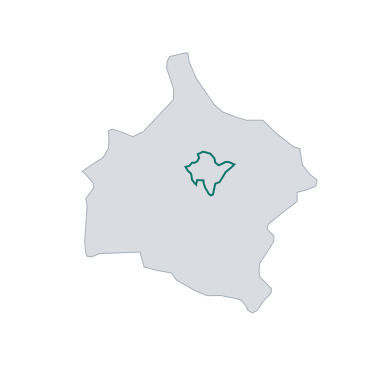 location of Mališevo within Kosovo, rotated 159°
{"feature_id": "KOS-5911", "entity_name": "Mališevo", "entity_type": "District", "adm_level": 1, "iso_a3": "XKX", "parent_name": "Kosovo", "parent_adm1": "", "projection": "orthographic", "projection_center": [20.745, 42.495], "detail": "fine", "context": "in_parent", "style": "outline", "palette": "teal", "viewbox_px": 384, "rotation_deg": 159, "n_neighbors": 0, "source": "natural_earth", "source_scale": "10m", "svg_char_len": 1510}
<svg xmlns="http://www.w3.org/2000/svg" viewBox="0 0 384 384"><g transform="rotate(159 192 192)"><path d="M115.2,140.2L132.7,134.5L135.2,130.5L131.3,121.8L133.6,116.3L154.5,100.9L157.9,93.8L159.2,88.3L156.4,82.5L152.5,73.3L154.4,69.4L165.2,64.1L174.0,58.0L179.1,57.5L182.4,61.9L182.4,66.5L185.3,74.2L191.7,78.4L202.5,85.2L215.0,89.8L224.8,99.1L238.2,115.6L240.3,123.8L252.4,131.1L263.6,139.2L262.0,154.6L300.3,167.6L308.9,167.4L313.1,169.7L313.0,173.2L310.1,183.9L294.7,217.0L293.5,223.9L282.3,231.1L280.8,235.3L284.1,244.4L287.1,250.7L286.8,250.7L262.6,256.2L254.5,262.5L249.7,273.4L248.2,279.1L243.9,279.3L236.8,273.7L227.7,265.0L216.0,265.7L176.1,285.0L172.2,295.1L171.3,316.9L168.6,322.7L164.3,326.5L147.7,324.1L146.0,322.7L148.1,314.3L147.3,296.0L139.9,265.7L134.7,255.8L123.8,245.9L115.3,239.4L100.1,233.6L92.5,216.9L81.0,197.9L75.5,193.6L76.4,191.7L79.2,177.5L75.9,167.1L70.9,158.2L74.5,152.9L85.1,153.0L93.9,154.1L97.1,145.6L115.2,140.2Z" fill="#d9dde1" stroke="#a8b0b8" stroke-width="1"/><path d="M173.4,182.1L175.6,182.1L177.1,184.3L177.3,186.9L178.1,190.6L177.9,196.6L177.1,198.7L178.6,199.4L183.0,201.3L185.5,197.3L186.5,199.6L187.6,203.5L186.5,208.0L186.5,210.0L188.3,213.4L189.0,217.8L185.1,217.3L181.5,219.3L178.9,218.3L176.0,218.8L173.1,221.3L173.1,225.2L167.3,225.7L164.4,223.7L161.2,221.3L159.0,215.4L159.7,211.0L157.6,207.5L154.3,207.5L150.0,208.0L147.1,207.0L142.6,202.6L146.4,200.9L153.4,198.5L162.7,191.4L167.3,191.4L173.4,182.1Z" fill="none" stroke="#0f766e" stroke-width="2"/></g></svg>